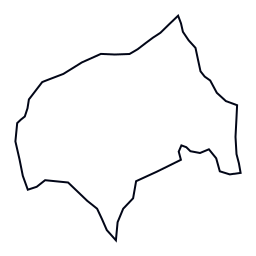 map outline of Tərtər (Albers equal-area conic projection)
{"feature_id": "AZE-1738", "entity_name": "Tərtər", "entity_type": "District", "adm_level": 1, "iso_a3": "AZE", "parent_name": "Azerbaijan", "parent_adm1": "", "projection": "albers", "projection_center": [46.821, 40.256], "detail": "fine", "context": "isolated", "style": "outline", "palette": "ink", "viewbox_px": 256, "rotation_deg": 0, "n_neighbors": 0, "source": "natural_earth", "source_scale": "10m", "svg_char_len": 977}
<svg xmlns="http://www.w3.org/2000/svg" viewBox="0 0 256 256"><path d="M240.6,172.9L234.4,173.8L233.9,173.8L229.8,174.4L219.8,171.3L216.2,158.3L208.9,149.3L200.0,153.0L190.4,151.2L186.3,147.2L181.7,145.5L181.4,145.4L178.7,151.7L178.8,151.9L180.9,159.8L156.8,171.7L142.2,178.4L139.8,179.5L136.1,181.2L133.1,198.3L123.2,208.7L117.6,222.2L115.9,240.3L106.8,230.1L104.7,225.3L101.9,218.9L97.1,208.7L87.3,200.9L68.1,182.5L45.1,180.2L36.7,186.8L27.8,189.7L22.8,175.8L19.5,159.3L15.4,141.4L17.2,123.1L20.9,119.6L24.8,116.5L27.5,108.3L28.9,99.4L31.4,96.2L36.9,89.0L42.2,82.1L44.6,81.1L49.0,79.4L63.4,73.9L81.9,62.4L100.9,53.9L112.3,54.4L114.5,54.5L115.2,54.5L129.5,54.0L134.0,51.4L137.7,49.2L145.5,43.2L152.9,37.7L160.4,32.8L169.0,24.4L178.1,15.7L181.0,23.4L182.9,31.8L188.7,40.4L195.5,47.9L198.0,59.7L200.5,71.3L204.7,76.6L210.2,80.5L216.8,92.8L225.9,101.1L237.1,105.2L236.4,119.6L235.5,136.9L236.5,154.1L238.9,163.3L240.6,172.9Z" fill="none" stroke="#020617" stroke-width="2"/></svg>